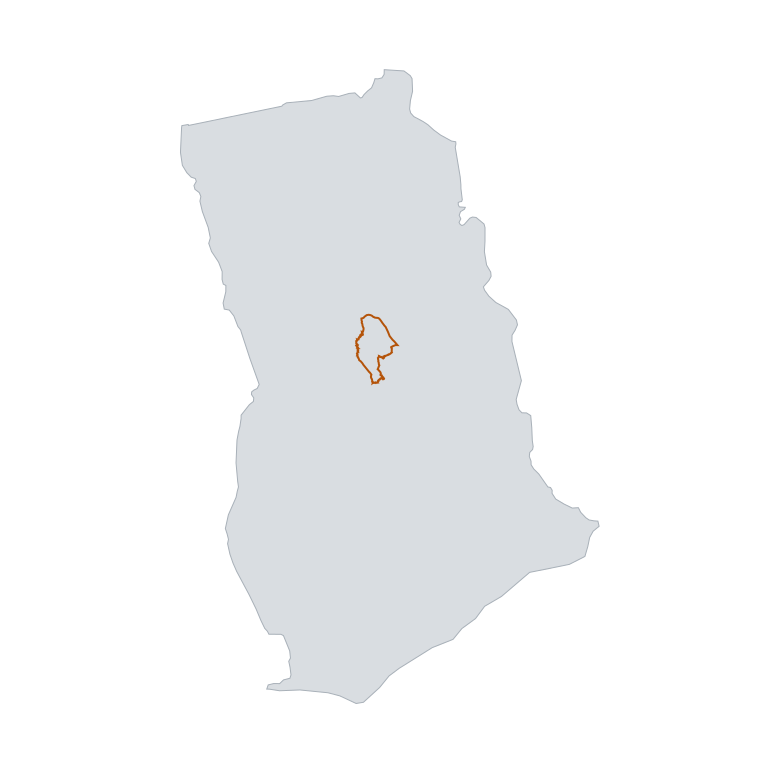 location of East Gonja Municipal, Northern, Ghana, rotated 349°
{"feature_id": "2480657B20562210440652", "entity_name": "East Gonja Municipal", "entity_type": "district", "adm_level": 2, "iso_a3": "GHA", "parent_name": "Ghana", "parent_adm1": "Northern", "projection": "natural_earth1", "projection_center": [-1.128, 8.347], "detail": "fine", "context": "in_parent", "style": "outline", "palette": "amber", "viewbox_px": 768, "rotation_deg": 349, "n_neighbors": 0, "source": "geoboundaries", "source_scale": "gbopen_adm2", "svg_char_len": 7445}
<svg xmlns="http://www.w3.org/2000/svg" viewBox="0 0 768 768"><g transform="rotate(349 384 384)"><path d="M463.3,80.5L468.6,86.3L469.8,89.6L467.9,102.1L464.0,110.8L461.6,119.0L461.9,123.1L464.3,127.2L472.3,133.7L476.5,137.8L481.3,144.2L487.0,150.4L496.6,158.4L500.6,159.9L500.4,162.1L499.1,165.2L498.3,195.2L497.5,203.0L496.8,206.9L496.0,218.1L495.0,219.7L493.1,219.6L491.5,220.0L491.1,222.2L491.7,224.5L497.5,226.1L496.3,227.8L492.0,229.4L490.0,232.7L490.9,236.6L488.5,239.7L489.2,241.8L490.7,243.3L493.1,242.8L499.9,237.6L502.7,237.0L506.2,238.1L512.7,246.0L513.0,249.8L510.4,263.0L507.8,273.3L507.4,286.8L510.1,294.5L509.7,298.7L506.8,302.3L500.1,307.6L500.6,311.1L503.7,317.8L509.3,325.3L520.3,334.5L526.2,346.5L526.3,351.4L522.9,356.3L519.0,360.5L517.7,366.7L519.5,406.9L510.8,424.4L510.7,429.3L511.6,435.1L513.9,438.6L518.4,439.6L522.0,443.0L520.7,455.2L518.8,467.7L518.5,473.8L517.4,476.6L514.0,479.0L512.8,482.9L513.6,487.8L513.0,491.4L514.8,496.0L518.8,501.9L525.2,516.3L527.7,517.4L528.8,520.4L528.1,523.4L530.6,529.7L537.7,536.1L545.1,541.7L551.2,542.5L552.6,547.5L556.6,553.8L559.4,556.6L564.0,558.4L567.8,559.4L568.0,564.7L561.2,568.4L556.6,573.9L553.1,582.3L548.3,591.6L531.6,596.4L525.2,596.5L491.0,596.7L458.9,614.9L440.4,621.4L429.1,631.7L413.8,638.9L403.1,647.8L381.0,652.0L344.6,666.0L333.3,671.5L321.8,681.1L303.1,692.5L295.7,692.3L281.1,681.7L270.1,676.4L243.1,668.3L223.0,665.2L213.3,661.7L210.7,661.1L212.9,657.3L218.5,657.0L224.4,658.2L228.9,655.3L235.5,654.9L237.2,651.8L237.7,644.2L237.6,638.0L239.9,635.2L240.5,628.0L237.3,611.8L235.0,610.0L223.3,607.7L222.4,604.5L220.3,601.1L218.1,592.8L215.5,580.4L211.4,565.1L203.6,539.8L201.6,530.9L200.3,521.7L200.0,510.9L201.7,506.8L201.4,501.2L200.7,495.6L206.3,482.7L217.2,467.0L219.5,461.3L221.5,457.3L221.8,451.6L223.7,433.2L229.0,411.0L232.3,402.7L234.5,398.1L237.1,390.7L237.8,387.3L247.9,378.6L252.5,376.2L253.5,372.8L251.9,369.0L252.6,366.5L255.0,365.2L258.7,364.2L261.4,360.6L257.2,333.2L253.8,305.9L253.6,303.6L251.6,299.8L249.6,288.5L246.2,281.9L241.5,280.0L241.5,273.8L246.3,263.3L247.6,257.1L245.3,255.3L245.0,250.5L246.6,242.8L245.8,238.0L244.9,232.9L240.0,221.0L238.8,212.5L241.4,207.5L241.3,196.7L238.6,180.0L238.2,169.4L240.0,165.0L239.2,160.9L235.6,156.9L235.3,153.0L238.4,149.3L238.0,146.3L234.2,144.2L230.8,139.0L227.8,130.9L228.4,117.8L234.2,93.8L234.9,91.8L241.3,91.9L241.4,92.9L261.4,92.7L284.4,92.4L311.8,92.1L336.7,91.8L337.8,90.8L341.9,89.4L367.0,91.9L382.8,90.6L389.4,91.4L394.3,93.1L405.2,92.1L411.0,92.7L415.4,98.7L417.1,98.6L419.6,96.1L423.9,93.2L428.3,90.9L431.5,86.2L433.4,82.6L436.3,83.3L440.4,83.1L443.2,80.1L444.2,75.5L463.3,80.5Z" fill="#d9dde1" stroke="#a8b0b8" stroke-width="1"/><path d="M363.5,352.8L363.6,353.0L363.6,353.4L363.7,353.5L364.0,354.0L364.2,355.9L365.5,357.3L366.6,359.2L367.1,360.3L367.3,361.0L371.8,369.5L372.0,369.6L372.4,370.2L373.3,372.2L373.4,372.4L373.3,372.6L372.8,373.6L372.6,374.0L372.7,374.5L372.5,374.9L372.6,375.8L372.8,376.1L372.8,376.3L372.9,376.5L372.9,376.8L373.1,377.1L373.1,377.4L373.1,378.2L373.1,378.5L372.9,379.0L372.8,379.3L372.9,379.5L373.0,379.6L372.9,379.8L373.0,380.0L373.1,380.3L373.2,380.6L373.3,380.6L373.2,380.8L373.4,380.7L373.4,380.9L373.5,380.9L373.7,380.7L373.9,380.8L374.0,380.7L374.1,380.8L374.4,381.0L374.9,380.9L375.0,380.9L375.4,381.2L375.6,381.2L375.8,381.0L375.9,380.9L376.0,381.0L376.3,381.4L376.5,381.3L376.8,381.2L377.0,381.2L377.4,381.4L377.5,381.4L377.4,381.3L377.7,381.1L377.9,381.0L378.0,381.1L378.1,380.9L378.2,381.0L378.3,380.9L378.6,380.5L378.8,380.4L378.9,380.1L379.0,380.0L379.0,379.7L379.3,379.7L379.3,379.4L379.5,379.3L379.6,379.0L379.8,378.9L379.9,379.0L380.0,378.9L380.2,378.7L380.3,378.7L380.5,378.6L380.8,378.4L380.8,378.5L381.0,378.4L381.1,378.5L381.4,378.2L381.5,378.3L381.7,378.2L381.9,378.1L382.0,378.0L382.0,377.9L382.5,377.8L382.6,378.0L382.8,378.0L383.1,378.1L383.4,378.3L383.6,378.6L383.6,378.8L383.8,379.1L384.0,379.0L384.6,379.2L384.8,379.1L385.0,378.8L384.8,378.6L384.8,378.2L384.8,377.9L384.7,377.6L384.4,377.2L384.2,377.0L384.0,376.6L383.6,376.5L383.4,376.2L383.6,375.9L383.5,375.7L383.5,375.4L383.3,375.3L383.3,375.1L382.8,375.0L382.3,374.7L382.3,374.3L382.5,373.8L382.9,373.1L382.9,372.7L382.7,371.8L382.7,371.7L381.2,369.1L380.6,368.3L381.7,366.8L381.7,366.6L383.0,364.7L382.7,363.9L382.8,362.7L382.9,361.8L382.7,361.0L382.7,360.6L382.9,360.2L382.9,359.7L383.0,359.2L382.9,358.9L382.9,358.3L383.0,358.1L383.0,357.3L383.4,357.1L383.5,357.1L383.6,356.9L383.8,356.5L384.0,356.4L384.3,355.9L384.5,355.8L384.5,355.6L385.0,355.9L385.0,356.2L385.1,356.4L385.5,356.8L386.0,357.0L386.4,357.1L387.1,357.0L387.3,358.0L388.1,358.8L389.0,358.3L389.2,356.9L389.4,356.7L389.7,356.5L390.6,357.0L391.3,356.5L392.6,356.4L392.9,356.2L393.2,356.1L393.7,356.2L394.0,355.9L394.2,356.1L394.4,356.0L395.3,355.8L395.8,355.5L396.4,355.3L396.7,355.0L396.8,355.0L397.1,354.7L397.4,354.7L397.8,354.5L397.7,354.0L398.0,352.5L398.5,350.4L398.4,350.0L398.3,349.8L398.0,349.6L398.1,349.1L400.6,348.4L402.8,348.0L404.6,348.4L402.3,344.3L400.8,342.2L398.7,338.1L397.8,333.4L396.5,328.3L395.5,326.7L394.9,325.4L394.1,323.8L393.8,323.1L393.4,322.1L392.4,320.0L391.7,318.9L391.2,318.3L390.4,317.9L389.6,317.7L387.7,317.1L387.1,316.5L386.5,316.3L385.2,314.7L383.9,313.8L382.7,313.3L381.9,313.1L380.0,313.1L378.6,313.9L377.8,314.1L377.2,314.7L376.8,315.0L375.9,315.3L374.3,315.4L374.1,317.5L374.3,318.5L374.0,319.1L373.8,319.7L374.1,320.5L374.2,321.2L374.1,321.8L374.1,322.7L374.2,323.7L374.6,325.2L374.5,325.7L374.2,326.9L373.6,327.9L373.6,328.2L373.5,328.4L373.0,328.9L372.9,329.1L372.6,328.9L372.6,329.1L372.3,329.1L372.2,329.0L372.2,329.5L372.0,329.8L372.3,330.1L372.5,330.1L372.6,330.3L372.6,330.6L372.7,330.8L372.7,331.0L372.7,331.4L372.4,331.4L372.3,331.7L371.9,331.8L371.8,331.6L371.9,331.3L371.8,331.1L371.8,330.9L371.4,330.8L371.3,331.0L371.2,331.3L371.2,331.5L370.7,331.6L370.6,331.4L370.5,331.5L370.4,331.4L370.1,331.4L370.0,331.5L370.3,331.8L370.3,332.0L370.4,332.3L370.3,332.5L370.3,332.8L370.1,333.0L369.8,333.2L369.7,333.0L369.4,333.0L369.2,333.2L368.9,333.2L368.5,333.4L368.2,333.4L368.1,333.6L368.1,334.1L368.1,334.3L367.9,334.7L367.6,334.8L367.6,334.7L367.3,334.8L367.1,334.9L367.2,335.3L366.6,335.3L366.3,335.4L366.3,335.5L366.1,335.5L366.0,335.4L366.0,335.6L366.0,335.8L366.0,336.0L365.7,336.3L365.7,336.2L365.6,336.3L365.3,336.3L365.1,336.6L365.0,336.9L364.9,336.9L365.0,337.4L364.8,337.7L364.7,338.0L364.6,338.4L364.6,338.8L364.5,339.1L364.7,339.4L364.8,339.4L365.0,339.5L365.3,339.9L365.2,340.1L365.3,340.4L365.1,340.5L364.9,340.6L365.1,340.7L364.9,340.8L365.1,341.0L364.9,341.1L365.1,341.2L364.9,341.4L364.7,341.5L364.8,341.6L365.0,341.7L364.9,341.8L365.1,341.9L365.0,342.2L364.9,342.3L365.0,342.5L365.0,342.8L364.9,342.9L365.2,343.1L365.2,343.3L365.1,343.5L365.3,343.6L365.1,343.9L365.2,344.0L365.4,344.2L365.2,344.2L365.3,344.3L365.1,344.4L365.2,344.6L365.1,344.8L365.0,344.7L364.9,344.9L364.7,344.8L364.7,345.1L364.7,345.5L364.8,345.6L364.7,345.8L364.8,345.8L365.0,346.1L364.9,346.2L364.8,346.5L364.8,346.8L364.7,346.7L364.6,346.9L364.5,347.0L364.4,347.2L364.4,347.4L364.5,347.5L364.4,347.6L364.3,347.9L364.1,348.2L363.9,348.2L363.6,348.5L363.6,348.8L363.4,349.0L363.5,349.1L363.5,349.4L363.3,349.4L363.3,349.5L363.3,349.8L363.3,350.0L363.5,350.1L363.4,350.3L363.5,350.5L363.3,350.8L363.1,351.0L363.3,351.1L363.4,351.4L363.3,351.5L363.4,351.8L363.4,352.0L363.5,352.3L363.4,352.4L363.6,352.7L363.5,352.8Z" fill="none" stroke="#b45309" stroke-width="2"/></g></svg>